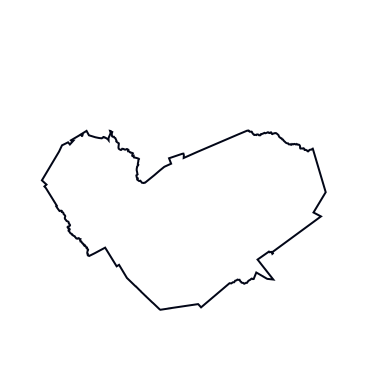 the district of Villagrán, Tamaulipas, Mexico, rotated 50°
{"feature_id": "50627088B25929785695958", "entity_name": "Villagrán", "entity_type": "district", "adm_level": 2, "iso_a3": "MEX", "parent_name": "Mexico", "parent_adm1": "Tamaulipas", "projection": "mercator", "projection_center": [-99.363, 24.589], "detail": "fine", "context": "isolated", "style": "outline", "palette": "ink", "viewbox_px": 384, "rotation_deg": 50, "n_neighbors": 0, "source": "geoboundaries", "source_scale": "gbopen_adm2", "svg_char_len": 5844}
<svg xmlns="http://www.w3.org/2000/svg" viewBox="0 0 384 384"><g transform="rotate(50 192 192)"><path d="M180.5,110.2L177.6,119.5L164.7,162.2L160.6,176.5L158.8,174.8L158.4,174.5L157.1,173.9L156.5,174.8L151.4,187.9L156.9,189.8L154.9,197.0L154.8,202.6L154.9,210.0L154.7,221.5L154.7,221.9L154.2,222.5L154.2,223.1L152.7,224.4L150.2,224.3L149.7,225.4L148.7,225.7L148.0,225.8L147.5,226.0L146.9,225.8L146.9,224.9L146.6,224.7L145.9,225.0L145.5,225.0L144.3,224.4L143.9,224.2L143.5,223.9L143.6,222.7L143.5,222.3L142.6,222.0L141.9,221.5L139.8,220.4L139.2,219.9L138.2,218.9L137.8,218.2L137.3,217.8L137.1,217.4L137.0,216.2L136.6,215.6L135.9,215.7L135.6,215.4L133.9,213.3L133.3,212.8L132.9,212.1L132.8,211.6L132.7,211.4L132.3,211.4L130.6,212.4L129.2,213.4L128.3,214.2L127.5,213.9L126.8,213.4L126.6,214.0L126.3,214.5L125.8,214.5L125.1,213.8L124.4,212.4L123.6,212.7L123.1,213.0L122.6,213.6L122.0,213.6L121.5,214.1L119.6,214.2L119.5,214.7L119.2,214.6L118.8,213.7L117.8,213.9L117.2,214.3L116.9,215.5L116.5,216.1L116.1,216.2L115.7,216.6L115.0,216.8L114.0,217.7L114.3,219.0L113.9,219.6L112.7,220.1L111.7,220.3L110.6,219.7L109.5,218.6L108.5,217.5L108.0,217.1L107.7,216.8L105.1,217.5L104.4,217.4L104.2,216.9L101.4,216.1L100.4,216.5L99.5,216.3L98.7,217.2L98.1,217.4L97.5,217.2L96.7,216.6L95.8,216.3L95.5,215.8L95.3,216.0L95.1,215.9L95.3,215.2L94.8,214.6L94.4,215.0L94.0,214.9L93.0,215.1L92.5,215.5L93.8,216.0L94.5,216.5L95.1,217.5L97.1,221.4L98.8,222.7L98.6,222.7L98.0,222.4L97.6,222.5L97.3,222.2L96.9,222.6L96.3,223.0L95.7,223.1L95.3,223.2L94.8,223.6L94.3,223.6L93.9,223.9L93.7,224.3L93.2,224.2L93.0,224.4L93.1,224.6L92.9,225.3L92.9,226.6L90.9,228.5L88.0,230.8L82.3,234.5L77.4,233.5L76.7,238.5L77.4,238.4L78.4,239.8L78.4,240.3L78.2,240.4L77.8,240.3L77.2,240.4L76.4,240.3L76.1,242.6L74.6,251.5L75.2,251.4L75.9,251.6L76.5,250.5L77.1,255.0L74.3,255.0L72.7,261.6L75.6,267.9L86.6,299.5L92.8,298.7L92.9,301.5L95.0,301.4L115.7,304.4L115.6,305.2L118.1,305.5L121.4,305.7L122.0,304.5L122.5,304.0L122.8,303.9L123.7,304.6L124.9,303.9L125.9,304.2L126.3,304.5L128.4,304.4L129.0,304.6L129.3,304.9L129.7,305.6L130.2,306.2L131.1,306.6L132.8,306.6L133.6,306.7L134.9,306.0L135.5,305.9L135.8,305.9L136.1,306.0L137.0,306.6L137.8,306.5L139.0,306.7L139.1,306.8L139.3,307.4L139.1,308.5L138.8,309.1L138.9,309.9L139.1,310.0L139.8,310.1L141.4,309.5L142.0,309.7L142.2,309.9L142.1,310.2L141.4,309.9L141.4,310.4L142.1,311.2L142.3,311.5L142.7,311.5L143.1,311.4L144.9,311.6L145.8,311.6L146.6,311.1L147.6,311.0L147.7,311.3L148.0,311.3L149.8,310.7L150.3,310.4L150.7,310.3L151.3,310.5L152.4,310.4L153.1,310.5L153.4,310.4L153.7,310.0L153.8,309.7L154.3,309.6L154.6,309.1L154.6,308.4L155.6,308.2L155.9,308.2L156.2,308.0L156.4,307.8L157.1,308.8L157.5,308.8L157.8,309.0L158.0,309.1L158.1,308.9L158.3,308.7L158.8,308.6L159.1,308.9L159.3,308.9L159.8,308.8L160.2,308.9L161.0,308.9L161.5,308.8L161.5,308.6L161.8,308.5L162.4,308.9L162.7,308.9L163.0,308.7L163.6,309.0L163.8,308.9L163.7,308.5L163.8,308.3L164.0,308.3L164.5,308.7L164.8,308.4L165.1,308.6L166.0,308.5L167.0,308.1L167.4,308.3L167.5,308.8L169.3,308.6L169.8,309.2L169.8,309.6L171.3,311.4L171.9,311.7L172.3,311.9L172.6,311.7L173.2,312.3L173.4,312.2L173.5,312.4L174.0,312.4L174.2,312.1L174.9,311.9L176.3,306.2L178.8,294.3L200.5,297.5L200.9,294.7L216.0,297.1L227.7,295.9L227.6,296.4L228.1,295.7L234.0,295.2L235.3,295.0L235.6,295.1L243.0,294.3L243.8,294.2L245.6,294.0L251.0,293.4L252.1,293.2L253.9,293.0L259.3,292.4L261.2,292.2L261.9,291.9L266.8,283.9L266.7,283.9L276.0,268.8L281.8,259.4L282.3,259.4L282.5,259.3L286.2,259.2L286.0,221.9L287.3,220.6L287.4,218.8L288.2,217.8L288.1,217.2L287.7,216.0L288.3,214.6L288.3,213.5L289.3,212.8L289.8,212.0L291.7,212.4L292.4,212.1L293.2,212.3L294.0,211.8L294.4,211.3L295.8,211.0L296.0,210.0L296.3,209.6L296.3,209.0L296.9,208.3L296.3,205.8L296.7,203.6L296.6,202.9L296.8,201.8L297.7,201.5L298.3,200.7L295.0,194.5L306.4,190.4L307.0,190.1L311.3,186.0L285.9,185.2L287.1,171.4L287.9,171.4L288.6,170.2L288.7,169.9L289.0,169.6L289.6,169.9L290.2,170.0L290.6,169.9L291.0,170.1L291.0,169.4L289.7,169.2L293.6,108.9L285.8,112.1L278.1,89.7L236.4,71.6L236.3,71.8L236.4,72.1L236.2,73.4L236.2,73.5L235.7,74.1L235.3,74.9L235.3,75.1L235.4,75.7L235.4,76.2L235.6,76.5L235.6,76.8L235.2,77.2L235.0,77.3L234.4,77.2L233.7,77.3L233.2,77.7L232.8,77.8L232.4,78.5L232.2,78.7L231.8,78.7L231.1,78.3L230.6,78.3L230.3,78.4L229.9,78.7L229.8,79.3L229.7,79.6L228.8,80.3L228.6,80.7L228.4,81.0L228.1,81.0L227.5,80.7L226.4,79.8L226.2,79.7L225.3,79.5L224.7,79.6L224.3,80.0L223.5,80.4L223.4,80.5L223.4,80.8L223.1,81.0L222.6,81.0L222.6,81.5L222.2,82.0L221.8,82.1L221.2,82.4L221.0,82.8L220.9,83.2L220.7,83.6L220.3,83.7L220.1,83.8L220.0,84.6L219.6,85.0L219.6,85.4L219.0,85.4L219.0,85.5L219.1,86.0L218.0,86.8L217.7,87.2L217.3,87.2L216.8,87.1L216.6,87.1L216.3,87.5L215.2,88.2L214.9,88.3L214.2,88.5L213.5,88.5L212.5,88.7L212.0,88.7L211.7,88.8L211.2,88.7L210.3,88.6L210.1,88.7L209.9,89.0L209.7,89.1L208.6,88.9L208.4,88.9L207.8,89.4L207.5,89.4L206.6,89.6L206.3,89.7L205.5,89.7L204.0,89.2L202.4,89.4L201.1,89.7L200.8,90.1L200.4,90.3L200.2,90.8L199.9,91.1L199.8,91.4L199.8,91.7L199.4,92.4L199.3,93.2L199.0,93.4L198.5,93.4L198.1,93.3L197.8,93.1L197.1,93.1L196.9,93.5L196.9,94.4L196.7,94.7L196.2,95.1L195.7,95.0L195.1,95.4L195.0,95.5L194.9,96.2L194.6,96.8L194.4,97.5L194.3,97.8L194.0,98.2L193.3,98.4L193.2,98.5L193.1,99.3L192.9,99.8L192.9,100.2L192.6,100.8L192.4,101.6L192.1,101.7L192.0,101.9L192.0,102.4L192.4,102.9L192.4,103.3L192.3,103.5L191.6,104.2L190.9,104.3L190.3,104.5L190.2,104.6L189.6,105.4L189.6,105.7L189.7,105.9L189.7,106.1L189.3,106.3L188.5,107.5L188.2,107.7L187.7,107.6L187.5,107.8L186.2,107.9L185.5,107.8L185.1,107.6L184.9,107.6L184.7,107.7L184.4,107.5L184.2,107.5L183.9,107.7L183.6,108.2L183.0,108.8L182.8,109.1L182.1,109.1L181.9,109.0L181.4,109.1L181.4,109.3L181.4,109.6L180.8,109.9L180.5,110.2Z" fill="none" stroke="#020617" stroke-width="2"/></g></svg>